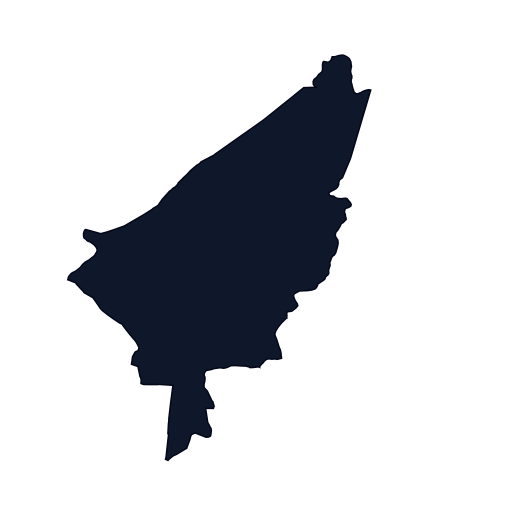 the district of San Antonio Tepetlapa, Oaxaca, Mexico, rotated 327°
{"feature_id": "50627088B55263870930805", "entity_name": "San Antonio Tepetlapa", "entity_type": "district", "adm_level": 2, "iso_a3": "MEX", "parent_name": "Mexico", "parent_adm1": "Oaxaca", "projection": "robinson", "projection_center": [-98.047, 16.534], "detail": "fine", "context": "isolated", "style": "filled", "palette": "ink", "viewbox_px": 512, "rotation_deg": 327, "n_neighbors": 0, "source": "geoboundaries", "source_scale": "gbopen_adm2", "svg_char_len": 4723}
<svg xmlns="http://www.w3.org/2000/svg" viewBox="0 0 512 512"><g transform="rotate(327 256 256)"><path d="M85.2,173.4L90.4,180.6L90.0,181.4L91.9,192.0L91.8,192.7L91.9,193.2L96.5,202.1L96.7,206.9L96.9,212.9L96.9,215.2L97.4,218.1L99.4,223.8L99.4,224.0L102.3,231.4L105.3,238.3L106.7,240.3L106.5,241.8L107.4,252.6L108.6,262.1L108.6,262.3L108.5,264.7L108.2,267.3L108.0,269.1L105.6,271.1L102.3,270.7L97.6,273.2L92.7,278.9L92.6,279.0L96.8,284.4L93.1,293.8L92.9,295.6L92.1,297.6L90.1,300.3L91.9,302.7L103.7,310.4L104.1,310.4L110.4,315.1L115.9,319.2L105.1,331.9L104.9,332.1L94.5,344.7L92.9,347.0L91.5,348.6L85.3,357.1L85.8,357.6L79.5,365.3L70.6,376.2L69.4,377.2L70.9,379.5L72.9,379.0L77.6,378.5L81.6,379.1L92.1,379.4L93.0,379.6L100.6,373.9L102.9,371.7L104.0,371.0L104.9,370.7L108.4,371.2L109.7,372.8L115.3,380.7L117.4,381.9L119.1,382.3L120.5,381.7L123.6,377.9L124.5,375.6L124.2,375.0L124.5,373.5L124.9,369.2L126.7,365.3L130.1,357.8L130.9,356.5L131.5,356.8L137.2,360.6L139.0,359.3L140.5,354.5L140.1,353.1L140.5,351.2L141.6,342.7L140.8,338.1L142.5,335.3L144.8,333.2L146.5,331.0L147.1,330.0L147.3,329.2L147.5,327.9L147.9,327.2L149.2,325.9L151.9,324.9L152.5,325.2L157.1,327.0L159.3,327.5L164.9,330.1L167.6,332.4L169.3,333.2L171.6,333.8L172.9,334.0L174.4,334.2L175.2,334.4L176.2,334.9L178.9,336.6L182.3,339.1L185.2,341.2L187.1,342.5L188.3,343.7L190.2,345.8L190.0,346.1L191.0,346.8L192.2,347.6L193.8,348.4L197.3,350.1L197.5,350.4L198.0,350.7L198.4,351.0L198.5,351.2L198.7,350.7L202.3,349.6L202.8,349.6L204.3,349.3L205.5,348.7L206.4,348.6L207.1,348.5L208.8,348.5L210.6,349.1L213.3,351.3L214.8,352.0L216.0,352.9L216.7,353.2L217.1,353.9L217.5,354.2L221.7,355.7L224.4,350.4L225.4,347.5L225.6,345.5L227.9,337.3L228.8,332.7L228.9,332.3L230.3,330.8L232.0,329.5L234.4,328.4L235.3,327.9L240.7,326.1L246.6,324.9L247.6,324.6L248.1,324.8L248.1,324.6L249.5,322.8L249.7,322.3L250.9,320.3L251.5,320.1L252.6,320.2L254.3,321.0L254.3,320.9L256.1,321.8L261.5,321.3L264.0,320.4L264.6,318.5L264.6,314.4L265.4,310.8L266.3,309.2L267.7,308.5L268.5,308.6L270.0,308.7L273.3,309.0L275.4,310.2L280.7,313.3L284.8,315.1L288.0,315.8L290.1,315.1L291.5,314.2L292.7,313.2L299.1,313.1L301.1,312.9L303.0,311.4L304.1,311.2L306.3,310.9L307.7,310.1L308.9,307.8L309.9,306.7L311.8,305.2L313.2,304.1L313.6,303.0L314.6,301.4L316.0,300.6L317.1,299.6L319.3,298.1L320.8,297.8L321.9,297.9L323.4,297.3L324.8,296.6L326.7,294.9L328.6,293.3L330.0,292.0L331.9,289.9L333.3,287.2L333.3,284.6L333.3,283.5L333.9,281.5L334.8,280.7L335.9,279.6L338.5,278.9L340.8,277.8L342.6,276.9L344.8,275.5L345.9,275.4L347.4,275.4L349.5,274.9L351.3,274.6L352.1,273.5L352.6,271.6L353.6,269.7L353.8,268.3L354.5,266.7L356.6,265.0L357.6,265.0L359.4,265.6L361.2,265.8L362.7,265.8L363.9,264.7L364.2,262.6L363.8,259.9L363.6,257.4L362.7,256.4L360.5,255.2L358.6,254.3L355.4,251.8L354.4,250.1L353.8,248.2L351.9,246.6L350.7,245.3L351.1,243.0L352.7,242.6L353.9,242.7L355.0,242.7L356.5,242.9L358.4,243.0L359.9,243.1L362.2,242.5L364.2,241.2L365.2,239.6L366.2,238.8L367.3,237.8L369.7,237.5L370.7,237.5L371.2,237.4L388.4,225.6L404.8,211.6L442.6,179.3L441.1,177.9L439.4,177.2L437.7,176.7L436.1,176.3L434.4,176.1L432.7,176.1L431.6,175.7L430.3,175.5L429.3,175.2L428.3,174.4L427.5,171.9L427.9,170.5L428.4,168.7L429.1,166.4L430.1,163.7L430.7,161.6L432.0,159.9L433.3,158.9L434.5,157.1L434.6,155.8L435.8,152.8L437.6,150.7L439.3,149.1L440.4,146.6L441.3,144.9L441.7,141.5L441.1,139.3L440.0,137.1L438.7,135.2L437.3,134.2L435.5,133.4L433.7,132.7L431.9,132.2L430.8,131.9L429.1,130.8L428.4,130.4L426.7,131.7L425.8,132.4L424.8,132.8L422.9,133.0L421.7,132.6L418.9,129.8L418.5,129.7L417.9,129.8L416.1,131.5L414.6,134.0L412.5,136.8L411.0,137.6L408.0,137.8L405.3,138.7L404.3,139.2L402.9,139.3L401.9,139.4L400.7,139.6L398.9,140.8L397.4,143.6L398.2,147.1L387.7,140.8L366.4,143.0L336.5,146.0L276.8,148.3L276.0,148.5L274.8,148.4L261.3,147.1L258.7,147.8L255.9,147.6L247.5,148.7L242.2,150.1L239.2,150.6L237.6,150.8L236.0,151.3L234.7,151.5L234.2,151.6L230.4,152.4L229.4,153.2L229.1,153.3L227.4,153.7L225.7,154.1L225.2,154.1L224.6,154.1L224.1,154.0L223.9,153.9L220.6,154.5L219.3,154.6L218.6,154.5L217.2,155.0L213.3,156.0L208.5,157.3L201.4,160.2L199.3,160.2L195.5,160.0L194.1,160.3L184.2,160.2L161.9,159.1L156.9,157.9L153.1,157.0L152.2,156.7L151.3,156.6L143.5,154.5L138.9,153.0L137.5,152.3L137.1,151.9L136.8,151.4L127.7,141.1L126.5,141.0L125.2,141.8L123.8,143.0L122.4,145.0L121.6,147.1L122.4,149.3L122.8,151.5L124.7,154.2L125.7,156.8L126.4,158.8L126.7,161.4L126.4,164.0L124.6,166.0L123.1,166.4L121.3,167.5L119.1,167.9L117.1,168.0L114.1,168.4L111.5,168.2L109.2,168.1L105.4,168.8L103.8,169.4L101.9,170.0L99.4,170.2L97.1,170.4L95.2,170.3L93.0,170.0L91.5,170.0L89.7,170.5L87.4,171.4L85.2,173.4Z" fill="#0f172a" stroke="#020617" stroke-width="1.5"/></g></svg>